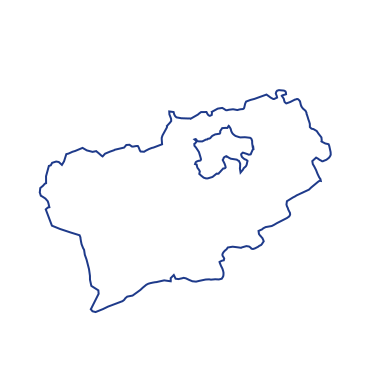 outline of El Mahalla El Kobra, Al Gharbiyah, Egypt, rotated 243°
{"feature_id": "37247803B79184551516010", "entity_name": "El Mahalla El Kobra", "entity_type": "district", "adm_level": 2, "iso_a3": "EGY", "parent_name": "Egypt", "parent_adm1": "Al Gharbiyah", "projection": "robinson", "projection_center": [31.14, 31.018], "detail": "fine", "context": "isolated", "style": "outline", "palette": "blue", "viewbox_px": 384, "rotation_deg": 243, "n_neighbors": 0, "source": "geoboundaries", "source_scale": "gbopen_adm2", "svg_char_len": 6103}
<svg xmlns="http://www.w3.org/2000/svg" viewBox="0 0 384 384"><g transform="rotate(243 192 192)"><path d="M133.5,48.6L130.9,49.2L128.8,51.6L128.1,59.5L128.0,65.2L126.3,80.6L126.7,82.7L127.6,84.3L128.2,86.8L127.4,89.6L126.7,92.0L127.6,97.9L128.2,101.6L129.1,104.7L130.1,109.2L130.1,111.5L130.0,111.9L129.7,113.5L129.3,115.0L129.1,115.8L128.4,118.1L127.9,119.3L125.9,127.1L122.1,132.5L122.4,132.7L123.7,133.3L124.9,133.9L126.3,138.1L124.7,138.1L122.2,138.0L120.5,140.5L120.4,140.9L120.0,142.6L119.8,143.2L119.3,145.6L117.8,147.4L117.4,147.7L114.9,149.6L112.3,151.8L110.3,154.9L109.4,158.6L107.8,164.5L107.6,164.9L106.4,167.6L105.3,169.1L103.7,173.1L102.6,175.0L101.9,176.2L101.2,179.1L102.6,181.4L103.7,182.3L105.7,183.4L107.5,183.9L110.0,184.3L113.1,184.3L116.5,184.6L117.2,184.8L117.2,187.3L116.9,188.7L116.7,189.3L118.1,190.5L119.4,190.5L121.4,190.3L122.5,190.7L123.4,191.6L124.3,193.2L125.0,195.3L125.2,196.6L126.3,198.7L124.8,203.4L122.1,207.4L120.0,210.4L120.0,211.3L119.1,215.9L117.5,218.1L116.6,218.6L115.7,219.0L114.6,219.2L113.9,219.9L113.5,220.6L113.2,222.4L113.2,226.0L113.5,227.6L113.4,229.4L113.7,230.3L115.5,233.5L116.8,233.7L119.0,233.8L119.9,233.5L121.1,233.3L122.2,232.9L124.2,232.6L127.1,233.6L126.9,237.6L127.3,239.0L127.3,241.7L125.5,247.6L125.5,250.3L125.7,253.5L125.7,258.7L125.7,260.5L125.7,264.8L126.1,267.5L127.2,269.1L128.8,269.8L132.6,269.8L134.4,270.1L136.2,270.1L138.0,270.5L140.7,272.4L141.3,279.4L141.3,281.7L141.5,283.7L141.0,297.3L141.9,300.2L143.9,309.1L144.1,310.9L143.4,311.8L145.2,312.3L147.2,312.0L151.3,312.1L155.3,312.5L159.3,312.5L162.0,312.3L164.9,313.2L166.3,318.2L164.5,319.4L162.7,320.3L161.5,321.2L160.4,321.8L160.0,322.5L160.0,323.0L159.7,326.4L160.0,328.0L160.4,329.8L161.3,331.4L162.2,332.5L164.6,333.6L170.7,335.2L172.5,335.4L173.1,334.8L174.7,332.8L177.9,330.5L178.3,330.3L179.0,331.0L181.9,332.1L183.9,331.7L186.4,331.2L189.7,330.8L192.9,328.8L193.6,327.9L194.2,327.2L196.3,326.5L199.2,327.9L201.8,328.4L203.6,328.6L206.3,329.1L208.8,329.5L209.5,329.5L210.8,330.0L211.3,330.0L213.0,330.0L213.3,329.8L215.1,329.1L216.0,328.7L216.4,328.7L217.1,328.5L218.8,328.3L219.3,328.5L220.2,328.5L221.8,328.9L223.8,329.4L225.6,329.0L226.7,328.5L227.2,327.8L227.4,326.2L227.6,325.8L227.6,320.4L228.1,316.3L228.3,316.1L230.1,315.4L231.5,315.6L233.3,316.1L235.3,315.9L236.9,315.6L237.1,316.3L236.8,318.1L236.6,319.0L236.4,320.2L238.2,320.9L239.3,320.9L240.6,320.0L243.3,315.7L243.6,313.9L243.1,312.7L241.8,311.4L239.3,311.1L238.2,310.9L237.5,310.7L237.6,307.3L238.0,306.6L240.0,305.2L240.7,304.8L242.5,303.9L245.0,302.6L246.6,289.9L247.5,285.8L248.0,281.3L247.5,280.6L246.6,279.5L243.3,276.7L242.8,275.8L242.8,275.1L243.1,274.2L243.5,273.3L244.0,271.7L244.4,269.7L244.9,269.0L246.3,267.2L247.1,266.1L248.5,262.3L249.0,260.2L249.6,259.3L251.9,258.0L252.6,257.5L253.0,257.3L253.2,257.1L254.6,252.8L254.4,246.0L254.0,246.0L251.7,244.6L251.7,242.8L252.0,242.1L253.3,241.4L254.6,241.2L256.2,241.2L256.7,241.2L259.1,236.3L258.7,234.0L258.3,232.4L257.9,224.0L258.3,223.8L259.0,222.4L262.6,215.9L263.0,215.4L265.5,212.1L266.7,211.6L267.6,211.4L269.3,211.4L271.1,211.8L271.6,211.9L274.1,208.3L271.4,207.1L269.4,206.9L266.7,206.6L264.7,205.7L263.8,203.9L262.2,199.6L261.8,199.6L260.9,198.9L257.5,193.9L255.8,191.4L254.0,189.6L252.6,188.9L248.1,187.0L249.1,177.8L249.5,176.2L249.8,173.2L249.8,169.6L249.6,167.6L251.4,164.6L252.5,164.4L255.4,164.7L257.4,164.7L257.7,164.4L258.3,163.1L258.8,161.5L259.0,160.6L259.7,159.2L260.4,158.8L262.5,157.7L263.7,154.8L262.4,151.7L264.7,142.4L264.6,141.5L264.7,140.9L265.2,137.3L265.6,131.9L264.3,128.5L265.3,127.9L268.9,126.5L271.6,125.3L271.9,125.2L272.9,121.6L274.6,119.7L276.8,117.2L281.0,114.5L281.6,106.5L282.1,103.8L282.3,99.4L282.8,97.2L277.4,91.9L275.2,88.4L279.2,86.9L280.8,84.8L281.5,80.6L279.9,78.3L280.2,76.3L272.3,69.1L266.1,66.0L266.2,64.6L265.2,62.1L264.4,58.6L261.2,56.5L260.9,56.2L257.3,55.6L257.0,55.9L254.5,57.4L252.7,58.4L249.1,59.3L248.3,59.1L248.0,59.1L246.9,58.9L243.2,58.0L243.6,56.5L242.9,53.8L225.6,51.9L219.0,57.6L210.9,65.6L204.5,72.2L202.3,72.0L201.0,71.5L198.8,70.8L197.8,70.5L195.6,69.9L191.5,69.5L189.5,69.6L185.6,68.3L184.7,68.0L180.7,67.5L179.4,67.3L170.0,65.2L163.6,63.0L160.2,61.3L155.3,60.0L154.0,59.7L153.5,60.0L146.9,63.9L143.7,62.6L134.0,49.4L133.5,48.6ZM218.6,260.0L218.1,261.2L217.5,262.5L217.0,263.6L216.3,264.8L214.3,267.8L214.1,268.2L213.2,268.8L212.5,269.0L211.6,269.0L210.9,268.8L210.3,268.8L208.0,267.7L204.4,266.5L204.4,267.0L202.2,266.2L202.2,265.4L201.5,264.5L200.9,263.8L200.0,262.6L199.3,262.0L198.9,261.3L199.5,259.5L200.9,258.3L204.0,255.2L203.6,253.4L202.9,252.7L200.7,252.4L198.7,253.1L197.3,253.8L196.6,254.5L195.7,255.1L194.6,255.6L194.2,255.4L194.0,255.1L191.5,253.1L190.8,252.2L190.6,251.9L190.4,251.5L189.7,248.8L188.8,247.6L187.3,244.1L191.3,245.4L193.3,246.7L194.0,247.0L195.1,247.7L196.4,247.9L198.5,247.9L198.9,247.5L199.6,247.0L200.5,246.6L204.1,241.6L206.1,240.2L207.2,239.6L207.7,239.3L207.7,238.9L208.4,238.7L208.4,236.9L208.2,235.9L207.5,235.3L206.6,233.9L206.1,233.9L202.6,233.9L200.3,233.6L198.7,233.2L198.3,232.5L198.3,231.6L198.8,230.5L197.6,227.3L197.2,226.4L196.8,225.0L196.3,224.1L196.5,223.2L197.0,222.7L197.2,222.3L196.1,217.1L197.0,212.1L197.7,210.7L199.5,208.9L202.4,207.6L203.8,207.1L204.8,206.7L206.8,208.3L208.3,208.3L209.8,208.1L210.5,207.9L211.6,207.9L213.2,208.3L214.3,208.6L215.5,207.4L216.8,208.8L217.0,209.5L217.0,210.4L216.8,212.2L216.5,212.7L216.3,213.6L216.3,214.0L217.1,214.9L219.4,215.4L222.1,215.9L224.4,216.3L226.6,216.1L230.0,215.7L231.8,215.2L232.2,215.2L232.9,215.5L233.3,215.7L233.8,215.9L234.0,217.1L234.5,218.2L234.9,218.9L235.3,219.1L237.7,218.1L237.6,219.1L237.0,219.6L234.9,219.8L233.8,221.4L232.4,224.1L232.4,228.2L231.9,229.5L232.2,230.4L231.7,231.8L231.7,232.7L232.6,234.9L232.8,235.6L232.8,238.8L231.4,243.1L231.9,244.0L232.8,244.5L233.4,244.7L235.2,247.9L233.9,251.0L233.2,252.2L233.0,252.6L234.3,254.7L233.9,254.9L233.0,254.9L232.3,255.1L231.8,255.1L230.5,255.1L229.6,254.9L228.3,254.6L226.5,254.6L225.3,254.8L224.0,255.3L222.2,256.2L220.2,258.2L219.5,258.9L218.6,260.0Z" fill="none" stroke="#1e3a8a" stroke-width="2"/></g></svg>